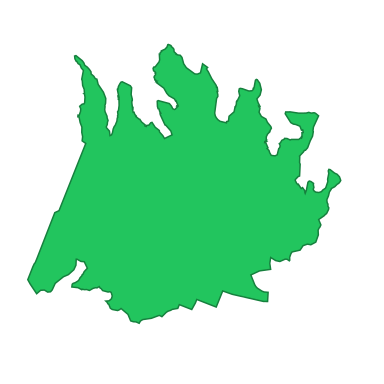 the district of North Sydney, New South Wales, Australia, rotated 192°
{"feature_id": "25037944B70017345976481", "entity_name": "North Sydney", "entity_type": "district", "adm_level": 2, "iso_a3": "AUS", "parent_name": "Australia", "parent_adm1": "New South Wales", "projection": "mercator", "projection_center": [151.213, -33.834], "detail": "fine", "context": "isolated", "style": "filled", "palette": "green", "viewbox_px": 384, "rotation_deg": 192, "n_neighbors": 0, "source": "geoboundaries", "source_scale": "gbopen_adm2", "svg_char_len": 5981}
<svg xmlns="http://www.w3.org/2000/svg" viewBox="0 0 384 384"><g transform="rotate(192 192 192)"><path d="M59.1,186.6L62.4,191.4L57.6,196.5L57.0,197.7L55.9,198.8L54.8,203.3L54.9,205.0L56.1,206.3L56.5,208.4L57.6,209.7L58.5,212.4L57.7,216.6L57.6,220.6L56.4,223.7L56.5,224.3L53.5,226.8L51.5,229.9L50.3,230.9L49.3,232.9L48.9,234.2L50.9,237.5L53.7,239.5L56.4,240.1L61.5,242.6L62.8,242.6L63.1,241.0L62.1,238.5L62.0,232.7L61.3,230.4L62.0,224.4L62.3,223.4L64.6,221.0L65.4,219.3L67.8,217.9L71.1,217.6L73.2,218.7L74.0,219.9L73.7,221.8L74.8,224.3L74.9,225.7L77.9,227.0L79.6,227.1L80.6,225.7L80.5,217.4L81.0,214.2L81.8,215.5L81.5,216.3L84.8,219.3L85.9,218.1L89.6,221.7L89.9,221.3L91.4,222.2L93.5,224.9L93.5,225.7L91.4,229.1L90.1,230.0L92.0,241.7L92.9,243.1L94.0,249.3L94.3,249.5L91.3,254.4L90.7,256.1L89.7,256.4L88.1,259.3L87.0,266.6L85.7,271.6L85.9,276.3L86.4,277.1L86.7,280.8L84.0,292.8L87.6,294.7L89.1,294.9L91.9,293.9L94.3,294.2L96.8,292.9L104.0,291.3L112.4,290.8L117.0,289.8L117.1,287.9L109.8,280.4L107.0,279.5L104.6,279.6L100.1,278.8L97.9,275.4L97.2,275.7L97.1,275.4L97.7,275.0L96.4,275.5L95.6,273.3L96.8,272.9L96.1,270.1L96.4,269.0L95.8,268.9L96.1,267.4L96.9,267.6L98.5,265.6L105.7,264.1L106.8,263.3L110.2,264.1L112.6,263.7L112.9,262.7L114.9,261.2L115.8,258.4L116.7,257.5L115.3,255.5L115.5,253.6L116.2,252.3L116.4,246.1L118.3,244.6L122.1,244.3L124.2,246.6L125.3,248.6L127.6,250.1L126.9,251.0L130.2,255.7L131.2,255.4L131.3,256.3L129.8,256.9L130.6,257.2L129.8,258.2L130.2,258.2L130.8,261.5L130.1,264.4L128.6,266.7L128.9,266.7L127.6,270.9L128.5,272.4L132.8,275.9L134.9,278.8L139.8,280.3L143.0,284.0L142.9,287.7L143.5,289.2L144.3,289.2L144.7,289.9L143.5,290.1L146.0,293.2L147.9,296.6L145.6,300.9L145.4,306.4L148.3,312.4L151.5,315.4L152.5,315.5L153.2,314.5L153.0,307.0L153.7,306.2L153.2,305.8L153.4,305.0L154.4,303.5L157.4,302.6L164.2,303.5L166.4,303.4L167.2,302.8L167.2,300.2L165.3,296.0L166.7,290.5L167.0,290.6L167.3,289.6L166.9,287.0L167.2,284.3L167.6,284.3L167.5,279.2L171.5,273.8L171.1,268.9L172.8,268.1L172.7,266.8L179.3,267.0L181.9,268.2L183.9,269.9L185.1,271.4L186.2,273.9L187.4,288.7L186.6,290.8L187.0,292.6L188.4,295.5L187.7,295.7L189.1,299.7L189.8,299.5L190.5,301.3L196.3,307.0L201.0,312.9L203.5,315.4L202.6,317.1L208.3,319.6L208.5,310.3L211.3,308.4L213.9,308.1L223.4,312.4L226.8,315.7L229.8,321.6L231.9,323.3L234.3,323.1L236.1,323.4L235.9,323.8L238.7,325.5L239.4,327.9L240.5,328.9L242.4,329.9L242.4,330.3L243.3,331.0L245.9,331.4L246.3,331.1L246.6,328.7L248.1,326.1L251.3,323.7L250.9,323.2L252.0,321.8L252.1,320.0L252.6,320.0L251.1,314.5L251.3,312.4L253.5,307.8L254.3,306.5L255.3,306.3L255.8,304.9L254.8,302.6L252.9,301.7L252.8,300.7L252.3,300.8L252.1,299.0L252.9,297.5L252.8,296.6L253.6,296.3L252.8,296.4L251.6,293.9L251.2,293.6L250.9,294.0L250.0,293.3L250.2,292.5L249.7,292.7L250.1,292.1L249.6,292.4L248.8,291.9L249.1,291.4L241.2,287.8L237.3,283.4L234.7,281.4L228.5,279.4L227.0,277.6L226.6,277.9L223.7,273.7L224.8,273.2L224.9,272.8L223.7,272.6L225.7,269.4L226.5,269.0L228.2,269.5L229.9,271.7L232.5,273.8L244.1,274.4L244.9,273.6L243.6,268.5L242.5,266.4L241.5,266.3L240.6,264.4L239.0,262.7L239.7,262.5L239.1,261.0L232.3,251.9L231.4,251.8L225.3,247.2L223.4,243.7L230.0,238.6L232.3,241.1L236.2,243.9L236.8,245.4L241.5,247.7L245.6,251.8L246.7,251.2L248.1,248.4L250.2,247.7L250.3,246.6L250.8,246.6L251.9,246.9L251.8,247.9L255.9,250.0L258.2,252.3L258.9,252.3L262.6,254.1L262.3,254.7L264.1,256.0L265.3,258.0L266.1,257.7L267.4,260.5L267.0,260.6L267.3,262.4L267.8,262.2L269.3,266.4L269.8,268.6L269.4,268.9L269.7,270.4L271.8,274.7L272.7,281.4L274.4,283.1L283.1,285.3L284.3,284.7L285.0,283.1L285.9,280.0L285.9,277.1L286.3,277.1L286.3,276.7L283.7,270.6L284.4,270.5L284.0,269.4L283.1,269.4L282.8,267.6L283.4,267.6L283.3,267.2L282.6,267.1L281.3,261.5L280.9,256.5L281.5,255.0L280.5,252.3L280.7,250.9L280.1,249.8L280.5,248.8L280.2,245.7L281.0,241.2L281.7,239.9L282.2,237.2L282.1,233.5L282.6,231.1L283.9,230.1L285.4,234.4L288.8,236.9L289.4,237.9L288.9,240.4L289.2,242.6L289.0,244.5L290.4,246.8L290.9,248.5L293.7,252.4L294.5,254.4L294.8,257.5L295.2,258.1L295.0,260.9L295.8,265.6L299.4,271.2L306.2,277.8L308.5,282.6L310.2,282.8L312.1,284.8L315.2,286.5L315.8,288.6L317.9,290.6L320.4,292.4L323.2,293.6L324.7,295.9L326.6,297.6L333.9,301.3L335.1,300.6L334.2,297.9L332.5,295.8L331.9,295.8L330.1,293.9L327.9,293.1L326.1,290.3L323.5,288.3L323.3,279.4L322.4,277.8L321.1,273.4L318.8,270.0L317.6,265.7L317.9,265.6L317.5,265.4L316.4,262.6L315.6,257.1L315.9,255.8L317.7,255.1L319.7,252.5L318.1,250.2L317.8,247.6L318.3,243.6L319.5,243.5L319.3,241.8L318.1,241.9L315.8,236.6L313.2,232.6L312.2,227.4L310.5,223.4L310.1,219.2L306.0,217.4L318.2,146.1L321.9,143.3L329.9,94.4L330.7,90.1L331.3,89.2L332.1,85.9L334.4,72.1L331.1,68.3L322.8,60.2L319.6,64.4L316.0,65.4L312.4,64.1L309.6,65.0L308.4,67.1L306.8,74.2L300.1,82.4L295.7,85.5L291.4,91.4L290.3,96.3L291.3,102.2L290.6,102.4L286.2,101.0L282.9,101.4L278.5,95.7L280.9,91.7L281.6,88.8L282.2,88.4L282.3,87.2L283.7,84.8L284.2,82.7L285.0,81.3L287.4,79.0L289.3,77.9L290.0,76.9L289.8,74.1L283.5,74.7L279.5,73.5L279.3,74.1L276.8,74.1L274.8,74.7L271.8,74.4L268.8,77.1L266.6,78.3L264.9,78.5L263.1,80.2L261.9,78.9L260.8,78.6L258.9,77.0L253.3,76.7L251.6,77.4L250.2,77.0L248.4,73.7L248.6,70.8L250.5,68.3L253.6,67.4L252.1,66.5L251.0,65.1L250.1,64.9L247.7,61.3L245.6,60.5L240.1,60.6L238.3,61.9L237.2,63.3L229.2,59.0L225.2,53.2L222.5,52.9L219.7,53.3L216.4,52.6L215.6,55.1L213.6,57.0L205.5,60.0L198.9,64.2L198.0,64.5L195.5,63.8L192.2,68.9L190.7,70.4L188.3,71.8L186.9,73.1L181.7,75.2L181.0,79.2L167.8,77.0L165.6,84.2L165.0,87.9L144.4,84.5L141.4,101.6L131.3,100.3L99.4,99.8L95.3,100.6L96.7,109.7L100.7,109.2L103.0,109.6L108.0,111.5L109.9,112.8L111.4,114.4L117.2,123.1L109.5,128.9L99.0,132.7L101.1,138.4L101.4,144.3L95.9,142.3L91.6,142.3L86.9,145.7L85.0,146.0L82.5,144.9L82.2,145.5L82.9,148.4L82.4,152.3L81.6,154.2L74.2,157.6L72.2,162.6L68.3,165.0L64.8,165.1L60.5,168.7L59.5,176.3L60.7,180.8L60.3,182.9L59.6,184.2L59.1,186.6Z" fill="#22c55e" stroke="#15803d" stroke-width="1.5"/></g></svg>